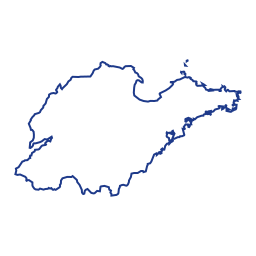 outline of Shandong
{"feature_id": "CHN-1814", "entity_name": "Shandong", "entity_type": "Province", "adm_level": 1, "iso_a3": "CHN", "parent_name": "China", "parent_adm1": "", "projection": "robinson", "projection_center": [118.824, 36.396], "detail": "fine", "context": "isolated", "style": "outline", "palette": "blue", "viewbox_px": 256, "rotation_deg": 0, "n_neighbors": 0, "source": "natural_earth", "source_scale": "10m", "svg_char_len": 5810}
<svg xmlns="http://www.w3.org/2000/svg" viewBox="0 0 256 256"><path d="M102.4,61.9L105.3,63.1L106.3,64.5L107.2,64.4L108.5,65.2L108.5,65.9L109.4,66.4L110.4,66.0L111.1,66.3L113.1,66.2L119.7,67.5L122.4,68.9L123.3,68.5L124.5,66.9L125.6,66.2L130.9,66.0L134.0,67.9L133.3,69.2L134.2,70.1L135.3,72.5L136.8,73.0L138.0,74.2L138.7,76.3L141.3,78.0L142.3,79.2L142.8,81.0L142.7,82.5L141.6,82.4L138.8,80.3L137.4,80.2L136.5,80.8L135.7,83.2L134.7,84.7L134.2,87.4L133.8,92.7L134.3,95.5L139.6,99.6L143.6,101.0L148.0,101.6L150.4,100.9L154.3,101.0L157.4,100.5L158.0,99.5L161.0,97.1L159.6,93.9L159.9,93.3L165.6,90.5L169.3,88.1L172.4,85.1L173.1,83.9L172.6,82.8L170.0,82.1L174.4,81.8L177.1,79.9L179.7,79.5L184.9,77.0L187.7,77.6L188.9,77.1L190.2,77.5L190.7,77.9L190.3,78.5L190.7,79.0L192.5,80.0L193.3,81.2L196.3,81.5L196.6,81.9L196.1,83.2L196.6,83.7L196.2,84.7L197.3,85.8L201.2,85.7L203.1,84.7L202.5,83.7L203.6,84.3L204.7,85.1L203.8,85.2L203.3,85.6L203.3,86.2L205.2,87.8L206.0,89.6L207.8,90.0L208.7,90.9L211.7,90.6L210.5,89.8L209.2,90.1L209.6,89.4L210.5,89.1L213.3,89.8L219.2,89.7L219.7,89.9L219.4,90.5L219.5,91.0L220.6,91.0L220.9,90.8L220.3,89.5L221.7,87.5L223.0,86.9L222.8,86.3L223.6,86.8L224.4,86.3L225.3,87.3L225.3,88.0L224.7,89.0L225.0,90.0L226.2,91.3L227.4,89.9L228.0,89.9L229.4,91.3L234.6,91.0L234.9,91.5L237.3,91.9L238.4,91.3L240.4,91.4L240.6,92.3L240.4,92.8L239.7,92.5L237.3,93.8L238.0,95.5L236.7,94.7L237.0,96.3L238.0,97.6L238.3,98.5L239.0,99.1L237.5,99.3L237.2,99.8L237.5,100.8L235.7,100.4L234.9,100.9L234.6,101.9L234.4,100.5L234.1,100.4L233.6,102.6L234.2,103.5L232.6,105.0L232.8,105.5L233.3,105.6L233.6,105.3L233.6,104.8L236.6,104.8L236.2,108.7L235.7,109.3L235.4,109.0L235.8,108.0L235.4,107.8L234.2,108.5L232.8,108.4L232.7,109.0L233.7,110.2L232.7,110.7L232.1,110.5L231.4,111.6L230.4,111.8L226.5,110.9L226.5,109.7L226.8,109.3L228.8,109.3L225.8,107.6L226.3,105.5L225.9,105.2L225.4,105.6L225.3,107.6L223.9,107.4L223.5,108.6L222.1,109.3L222.2,107.0L222.6,106.4L219.0,106.0L218.7,106.2L219.7,107.8L218.8,108.5L215.1,109.5L213.4,111.4L211.2,112.1L212.2,111.2L210.9,111.6L210.5,112.1L210.8,114.5L210.5,114.7L209.6,113.8L207.7,114.2L207.0,114.0L206.8,113.5L207.0,113.0L208.3,112.7L209.6,111.7L210.0,111.1L208.3,111.4L207.3,112.3L206.5,111.6L205.8,111.6L205.6,112.1L206.1,113.0L205.6,114.1L204.3,114.2L203.5,115.0L203.5,115.5L204.2,115.7L201.6,115.7L197.2,117.2L195.0,119.2L193.6,118.7L193.6,119.9L193.4,120.1L190.7,119.7L190.8,118.8L188.4,117.8L185.5,119.0L185.4,119.4L185.8,119.7L185.3,121.1L185.6,121.6L186.4,121.6L187.7,119.7L188.4,119.4L189.7,120.9L190.4,121.2L190.6,121.9L191.7,121.3L190.9,123.1L191.3,124.4L190.0,124.6L189.7,125.1L189.8,126.0L189.1,127.1L188.4,126.9L188.3,125.7L187.8,125.3L187.9,124.5L185.6,124.4L183.8,126.9L184.8,128.8L184.4,129.1L182.7,128.8L184.3,134.9L184.1,135.3L182.1,136.2L180.0,136.3L179.5,137.1L177.7,137.2L174.3,138.8L172.5,138.1L174.5,133.6L173.8,132.6L173.4,132.4L172.9,130.8L172.3,131.1L172.0,132.2L172.0,133.2L172.7,133.6L172.3,134.2L170.3,133.4L170.4,132.6L167.5,133.0L166.9,132.4L166.6,133.0L167.3,133.7L166.7,135.2L166.7,136.4L167.0,136.9L169.0,138.1L169.2,140.5L169.8,140.8L170.8,140.3L170.7,141.2L171.1,141.2L172.3,139.9L172.9,140.5L172.7,141.2L170.7,142.3L169.2,144.0L169.1,143.4L169.6,142.1L168.1,143.6L167.0,143.7L165.3,145.7L164.3,149.6L163.3,149.5L162.4,148.5L161.6,149.1L161.3,149.4L162.3,150.4L161.4,151.6L161.5,153.2L160.2,153.8L159.4,152.8L159.6,152.1L158.8,152.4L157.6,154.3L156.9,154.9L157.0,153.7L156.5,153.3L154.1,154.6L151.3,161.6L150.1,163.3L147.7,163.9L147.6,165.2L147.1,166.0L145.8,171.4L143.5,172.1L143.3,171.3L142.8,171.0L141.0,171.0L137.7,173.0L134.1,173.0L131.5,173.6L130.9,177.0L129.0,180.5L128.9,182.0L128.1,184.1L127.2,185.3L126.3,185.7L123.4,184.8L122.0,185.0L120.0,185.8L119.7,187.4L118.9,188.9L118.4,193.1L117.9,194.0L116.5,194.9L111.4,195.6L111.4,193.9L110.4,192.6L111.0,190.6L109.3,189.6L108.8,187.2L104.5,185.9L101.0,186.4L100.5,186.8L99.9,191.3L97.1,190.9L94.6,193.2L93.5,193.4L91.3,192.9L87.5,189.0L85.7,189.8L84.8,190.9L84.3,193.6L83.6,194.0L82.9,193.8L82.0,192.5L81.8,189.8L79.5,184.8L77.3,182.1L76.8,179.9L72.6,176.1L71.4,177.0L67.2,176.9L62.5,178.3L61.0,180.5L60.9,183.1L60.7,183.9L59.9,184.9L60.1,186.2L59.7,187.2L55.9,189.7L55.4,189.8L54.4,189.2L53.2,189.8L52.6,189.6L51.3,188.1L50.1,188.6L48.7,187.9L47.9,188.8L45.4,189.0L43.5,189.6L40.0,188.6L38.6,189.7L35.6,189.4L34.4,188.7L32.8,186.5L32.4,185.2L32.4,182.4L28.9,180.1L27.6,180.1L26.7,180.8L26.3,180.5L26.5,178.3L25.3,176.8L20.1,174.5L17.4,174.9L15.4,174.2L16.3,170.6L15.9,168.6L18.6,167.2L22.3,161.6L24.1,161.0L24.7,160.4L27.5,160.1L29.2,158.3L30.2,158.0L29.9,156.3L30.2,155.6L31.4,155.5L32.0,153.0L34.6,151.4L35.0,149.8L38.3,149.5L39.3,149.0L41.5,146.1L42.4,145.5L45.7,144.9L46.0,144.5L45.2,143.6L45.4,142.8L47.0,141.4L48.3,140.7L50.3,141.4L51.2,138.8L52.0,137.9L51.6,136.7L47.2,139.5L44.6,139.1L41.8,141.3L39.8,142.2L35.8,143.3L34.0,143.3L33.4,143.8L32.9,145.6L32.1,146.7L30.4,148.0L29.7,147.8L30.2,142.4L32.8,140.4L33.8,137.8L33.9,134.8L33.6,131.7L32.2,129.9L30.9,129.8L30.6,128.1L28.8,123.7L30.9,120.2L30.7,119.6L32.4,117.1L34.2,115.3L34.7,114.2L38.9,112.9L40.0,112.1L40.8,110.2L43.2,107.6L43.4,105.9L45.6,103.5L46.9,99.0L48.9,96.9L49.1,94.6L51.2,93.4L53.7,93.0L55.4,93.5L56.3,93.2L57.2,92.1L57.0,91.4L56.2,90.6L56.1,89.8L57.4,88.1L57.8,86.8L59.9,84.3L60.6,85.6L60.9,87.9L62.0,89.1L62.7,88.1L66.8,84.2L68.4,81.4L70.6,79.8L71.4,77.8L72.6,76.8L78.4,77.0L80.6,76.7L90.4,76.5L92.6,73.3L93.7,70.7L94.7,69.5L98.1,68.7L100.0,66.8L100.7,65.5L100.4,64.6L100.6,63.1L102.4,61.9ZM184.5,73.0L185.4,73.9L185.3,74.8L184.4,74.0L184.5,73.0ZM184.3,71.9L184.4,72.5L183.4,71.7L183.9,71.6L184.3,71.9ZM181.1,71.9L181.7,72.2L181.6,73.0L181.0,72.3L181.1,71.9ZM186.7,61.3L186.7,60.7L187.5,60.4L187.6,60.7L186.7,61.3ZM184.9,64.7L185.8,65.7L185.0,65.6L184.9,64.7Z" fill="none" stroke="#1e3a8a" stroke-width="2"/></svg>